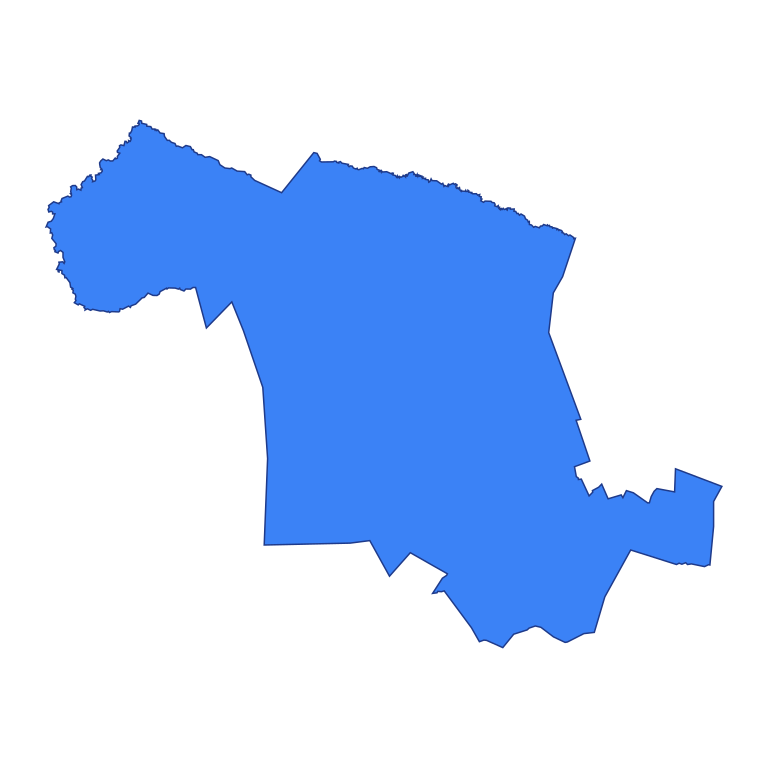 outline of Chilanga, Lusaka, Zambia
{"feature_id": "96606910B81629947645825", "entity_name": "Chilanga", "entity_type": "district", "adm_level": 2, "iso_a3": "ZMB", "parent_name": "Zambia", "parent_adm1": "Lusaka", "projection": "albers", "projection_center": [27.992, -15.452], "detail": "fine", "context": "isolated", "style": "filled", "palette": "blue", "viewbox_px": 768, "rotation_deg": 0, "n_neighbors": 0, "source": "geoboundaries", "source_scale": "gbopen_adm2", "svg_char_len": 6025}
<svg xmlns="http://www.w3.org/2000/svg" viewBox="0 0 768 768"><path d="M48.6,205.6L49.2,207.3L48.0,209.4L48.8,212.0L51.3,211.3L52.6,212.1L52.6,213.9L54.9,213.8L53.3,218.5L51.3,221.2L48.1,222.2L46.1,226.9L47.2,226.6L50.6,228.9L50.3,233.0L51.7,232.7L52.7,235.0L51.8,238.4L56.1,243.7L55.9,246.2L53.9,247.7L54.3,249.7L55.4,250.4L54.9,251.7L58.0,253.0L58.6,251.5L60.6,250.5L63.0,252.4L63.0,257.4L64.8,261.8L64.1,263.4L62.8,261.8L58.9,262.2L59.3,263.9L56.6,269.4L57.9,269.5L58.2,271.7L59.0,272.0L59.3,270.0L61.9,270.5L61.9,273.5L64.5,275.2L64.9,277.8L66.2,277.6L69.9,282.6L70.6,287.1L72.8,288.4L71.9,289.1L73.3,290.3L72.9,292.8L75.3,294.2L75.9,296.4L75.3,299.2L76.0,300.5L74.3,302.7L78.2,304.9L79.3,303.8L84.7,306.3L84.0,307.6L85.4,308.8L85.1,310.0L87.4,308.8L90.6,310.3L92.7,309.3L100.1,311.0L103.4,310.8L107.3,312.0L108.4,311.4L109.4,312.5L111.6,311.6L118.5,311.9L119.5,311.5L120.1,308.7L122.6,309.2L128.6,306.1L130.4,307.4L131.1,305.8L135.7,304.1L142.1,297.9L144.3,297.4L148.0,293.1L153.0,295.4L157.0,295.5L159.2,294.1L160.1,291.6L166.5,288.2L167.0,289.0L168.5,287.9L175.2,288.1L178.4,289.1L179.7,288.2L180.2,289.5L184.0,291.0L185.9,289.0L190.5,289.1L192.9,287.5L195.6,287.5L206.4,328.0L231.8,301.9L243.4,330.6L262.8,387.4L267.6,458.6L264.2,545.0L350.2,543.1L369.8,540.6L389.5,576.2L410.3,552.7L447.4,573.8L446.6,575.4L442.4,578.2L432.6,593.4L437.0,592.8L437.8,591.4L441.4,591.7L444.2,590.9L471.5,627.8L479.4,641.7L483.9,640.1L486.6,640.4L502.8,647.6L513.7,634.2L527.2,629.9L529.1,628.1L535.3,626.0L540.9,627.3L553.5,636.9L565.1,642.4L567.4,642.0L583.9,633.6L594.3,632.4L604.8,596.9L630.7,550.0L676.5,564.5L679.1,563.2L681.9,564.2L685.7,562.7L687.5,564.5L691.4,563.9L704.5,566.6L708.6,564.7L709.9,565.0L713.6,526.6L713.6,501.5L721.9,486.4L675.5,468.8L674.6,491.9L656.9,488.6L654.1,491.3L651.2,496.6L649.4,502.8L647.7,502.9L633.4,492.8L626.4,490.6L622.9,497.7L621.2,494.9L608.1,498.8L601.7,484.1L598.7,487.2L592.4,490.6L592.8,492.1L589.1,495.9L581.3,479.1L578.4,479.5L578.3,478.1L576.3,476.6L574.5,466.7L589.9,461.0L576.1,420.3L580.8,419.3L548.7,332.6L553.3,292.9L562.6,276.7L575.4,238.3L573.7,238.7L573.8,237.6L570.0,235.0L568.5,235.7L566.2,233.8L564.6,234.5L563.6,233.0L562.0,232.6L562.4,231.5L561.5,230.5L559.4,229.8L558.9,230.4L557.8,228.9L556.9,229.6L556.6,228.5L553.5,227.7L552.5,228.1L552.0,226.8L549.9,226.7L549.5,225.4L548.0,225.8L547.5,224.9L546.8,225.6L543.6,224.5L542.4,225.9L540.5,226.1L539.3,227.8L535.2,226.4L533.7,227.3L531.5,225.0L529.4,224.5L529.3,221.5L528.3,222.0L527.5,220.1L525.5,218.8L524.5,216.1L521.0,214.0L519.4,215.2L518.2,213.4L517.0,213.6L515.7,211.4L514.0,211.3L514.2,209.0L510.4,209.2L510.4,208.1L507.9,207.9L506.6,208.5L507.5,209.2L507.2,210.1L505.9,209.0L504.3,209.5L503.2,208.3L502.3,209.4L501.4,208.6L500.7,209.9L499.6,209.3L500.0,208.4L498.9,208.2L499.4,207.2L498.1,207.0L498.2,205.7L496.8,206.6L494.7,205.8L495.1,204.3L494.2,202.8L492.0,202.4L491.0,201.3L485.0,201.1L483.5,202.3L480.8,200.8L481.9,199.1L480.9,198.8L481.2,196.8L479.3,196.4L479.7,194.5L477.7,195.1L476.4,193.7L472.9,193.8L471.3,193.1L471.7,192.5L468.7,192.1L468.9,191.0L468.0,190.3L467.9,191.3L466.1,191.5L465.7,190.4L465.2,191.3L461.6,191.1L460.9,192.1L461.4,190.4L460.0,190.2L459.5,187.7L458.5,188.7L457.8,187.7L457.0,188.5L456.1,187.7L455.9,185.8L456.9,185.7L457.0,184.7L455.4,183.8L454.3,184.4L453.3,183.3L449.8,184.8L448.8,184.2L448.5,185.9L447.9,185.0L447.2,186.5L444.8,185.5L444.0,186.4L442.8,183.3L441.4,184.1L436.7,180.8L432.0,180.6L431.1,178.9L430.0,181.5L428.8,182.2L428.3,179.9L425.3,179.4L425.5,178.3L422.5,178.5L423.1,177.1L421.9,177.2L422.0,176.3L419.8,176.3L420.5,175.7L418.1,174.8L417.8,176.0L417.3,174.5L416.8,176.2L415.8,176.2L415.7,174.6L413.9,174.5L414.2,173.6L412.9,171.7L408.8,173.0L407.2,176.1L406.3,176.0L406.4,174.6L405.5,174.9L405.5,177.0L404.4,175.9L403.5,176.2L403.2,174.8L402.9,176.3L400.9,177.3L399.7,176.5L399.3,177.7L398.7,176.7L397.9,177.5L397.3,175.8L396.6,177.2L395.3,175.5L393.0,175.0L393.3,173.2L392.1,173.0L391.7,173.9L386.7,171.7L382.5,172.0L381.5,170.8L381.2,172.1L380.4,170.7L378.7,172.0L379.6,170.3L377.1,169.4L376.6,167.7L374.0,166.5L370.1,166.8L367.4,168.3L364.2,167.5L363.3,168.8L362.1,168.4L358.8,169.7L357.3,169.3L357.2,168.3L355.5,168.9L353.4,168.0L352.2,166.1L350.0,165.9L349.1,166.7L347.9,165.4L348.4,164.4L342.0,163.2L340.4,161.6L338.7,162.2L338.7,163.0L336.7,162.4L336.5,161.4L334.4,161.1L333.3,161.8L321.5,162.0L319.5,160.8L320.3,159.3L317.1,153.4L313.8,152.6L281.6,192.7L254.7,180.4L250.9,176.8L250.9,175.1L248.8,174.2L247.2,174.8L244.7,171.6L237.2,171.1L231.7,168.0L230.0,168.6L224.9,168.0L219.9,164.7L218.2,160.6L209.7,156.6L205.1,157.3L201.5,154.7L197.7,154.6L197.2,153.2L194.1,151.9L193.3,149.7L192.1,149.7L190.4,146.6L185.9,145.5L182.5,147.8L177.8,146.0L176.3,146.3L175.0,143.5L171.4,142.3L169.3,140.3L167.3,140.4L164.5,136.4L164.1,133.6L160.1,133.0L157.8,129.9L156.8,130.6L155.8,129.3L155.1,130.2L154.4,129.0L152.2,129.1L150.8,126.6L146.8,126.2L146.7,124.4L141.8,123.3L141.5,121.0L139.2,120.4L138.0,123.3L139.1,123.4L139.2,124.6L137.6,125.9L135.5,126.0L135.1,127.0L134.5,126.4L133.7,127.3L132.5,127.0L131.7,130.7L130.4,133.1L129.4,133.1L129.1,136.0L130.9,137.5L130.5,138.4L131.2,138.9L130.3,141.3L128.7,140.6L128.9,141.7L127.1,142.9L126.2,141.4L125.0,141.3L123.9,145.6L120.9,144.9L119.5,145.7L119.7,147.5L117.2,151.0L117.5,152.4L119.8,153.2L117.4,156.3L117.4,158.2L115.8,158.9L115.2,158.1L112.8,160.9L110.3,161.0L108.3,159.9L106.3,160.7L102.9,159.0L100.7,161.0L99.6,162.8L99.7,164.3L100.3,167.6L101.5,168.8L100.8,169.7L102.2,170.0L102.3,171.1L101.1,172.8L98.5,173.4L99.2,174.6L95.5,175.1L95.8,179.8L94.9,181.1L92.6,181.7L92.9,180.6L91.6,178.5L92.2,177.1L90.8,176.2L91.0,175.0L89.8,175.1L88.7,176.7L87.4,176.4L84.5,181.0L82.7,181.7L81.1,184.6L82.4,187.6L81.1,188.1L80.9,190.2L78.6,189.1L76.8,189.7L76.7,187.0L75.3,185.5L72.5,185.6L70.6,186.9L71.3,188.1L70.7,191.6L71.3,193.5L70.5,193.6L71.6,195.1L71.1,196.7L69.6,197.1L67.9,196.1L62.0,198.5L61.0,201.1L61.5,201.8L59.2,202.8L59.0,203.7L53.7,201.8L48.6,205.6Z" fill="#3b82f6" stroke="#1e3a8a" stroke-width="1.5"/></svg>